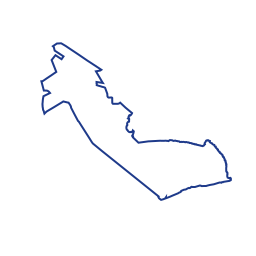 the district of Mihai Viteazu, Constanta, Romania, rotated 43°
{"feature_id": "2599482B93855145128935", "entity_name": "Mihai Viteazu", "entity_type": "district", "adm_level": 2, "iso_a3": "ROU", "parent_name": "Romania", "parent_adm1": "Constanta", "projection": "orthographic", "projection_center": [28.817, 44.637], "detail": "fine", "context": "isolated", "style": "outline", "palette": "blue", "viewbox_px": 256, "rotation_deg": 43, "n_neighbors": 0, "source": "geoboundaries", "source_scale": "gbopen_adm2", "svg_char_len": 5479}
<svg xmlns="http://www.w3.org/2000/svg" viewBox="0 0 256 256"><g transform="rotate(43 128 128)"><path d="M201.2,158.0L202.2,156.4L203.3,154.2L203.1,153.6L203.0,152.9L203.4,153.4L203.5,153.6L203.8,153.3L205.8,149.1L206.6,147.2L209.2,141.5L209.4,140.5L209.8,139.7L210.1,138.9L210.1,138.2L209.8,137.7L211.0,135.0L212.2,133.5L212.8,131.5L213.4,130.3L214.0,130.0L214.4,129.2L214.4,128.6L214.4,128.1L214.7,127.5L215.4,127.2L217.2,125.5L219.8,121.0L220.6,120.5L221.3,120.4L224.7,117.1L225.5,115.7L226.6,114.0L229.1,110.7L230.6,108.1L231.8,106.0L232.4,105.1L233.6,104.3L233.5,103.9L233.9,103.3L234.4,102.9L234.4,102.5L237.0,99.1L238.2,97.6L238.7,96.3L238.7,95.8L237.9,95.1L237.7,94.8L237.0,94.6L236.9,94.6L236.6,95.0L236.5,95.5L236.2,95.5L235.7,96.0L234.9,96.2L234.7,96.3L233.6,95.7L232.9,95.0L232.6,94.4L232.2,94.2L232.0,93.9L232.0,93.7L231.5,93.4L231.4,93.3L231.5,93.2L231.2,92.9L230.6,92.8L230.4,92.9L230.2,92.9L229.9,92.6L229.6,92.5L229.4,92.6L228.7,92.0L228.4,91.7L228.2,91.4L227.3,90.5L227.1,90.3L226.9,90.1L226.6,89.5L226.3,89.1L225.9,88.9L225.5,88.6L225.4,88.5L225.3,88.4L225.3,88.0L225.1,87.8L224.8,87.5L224.6,87.5L224.4,87.6L224.2,87.5L224.0,87.1L223.9,86.9L223.6,86.8L223.2,86.8L223.0,86.7L222.9,86.4L222.5,86.2L222.4,86.0L222.1,85.8L221.9,85.9L221.7,85.7L221.5,85.4L221.4,85.3L221.2,85.3L220.9,85.6L220.6,85.6L220.3,85.3L220.1,85.1L219.9,84.9L219.7,84.8L219.6,84.7L219.0,84.6L218.8,84.4L218.5,84.2L218.3,84.1L218.1,84.3L217.9,84.3L217.7,84.1L217.2,84.3L217.0,84.2L216.9,84.0L216.7,84.0L216.4,83.9L216.0,83.5L215.7,83.7L215.2,83.3L214.3,83.2L214.1,83.3L213.9,83.4L213.7,83.3L213.3,83.3L213.1,83.2L212.9,83.2L212.8,83.3L212.5,83.5L212.3,83.4L212.0,83.4L211.8,83.4L211.7,83.2L211.3,83.0L211.2,82.9L210.8,83.1L210.6,83.2L209.9,83.1L209.1,83.0L208.8,83.0L208.7,82.9L208.7,82.7L208.5,82.4L207.8,82.4L207.6,82.5L207.4,82.6L207.2,82.5L206.5,82.4L206.0,82.5L205.8,82.4L205.4,82.4L205.1,82.3L205.0,82.2L204.9,82.0L204.7,82.2L203.6,82.1L203.4,82.0L203.3,81.8L203.0,81.6L202.7,81.5L202.0,81.9L200.7,82.2L200.3,82.1L200.2,82.0L200.0,81.9L199.6,82.1L198.2,82.5L197.5,82.5L197.4,82.5L196.8,81.7L196.3,82.1L196.1,82.2L195.7,82.1L195.2,82.6L194.8,82.4L194.1,83.2L193.8,84.0L194.1,84.9L194.3,86.2L194.4,86.9L195.4,87.4L195.3,87.8L195.2,88.2L195.4,88.6L195.4,89.0L195.4,89.3L195.2,89.7L195.0,89.9L195.0,90.3L193.7,91.1L193.1,91.3L192.9,91.6L192.4,91.7L191.7,92.2L190.9,92.6L190.5,92.9L188.9,93.8L188.8,93.6L188.5,93.8L188.5,94.0L187.9,94.5L187.3,94.5L187.0,94.9L186.5,95.1L186.4,95.1L185.9,95.3L185.9,95.5L185.7,95.7L185.4,95.8L185.1,95.8L184.6,95.9L184.3,96.1L184.1,96.3L183.5,96.7L183.4,96.9L183.2,97.0L182.8,97.0L182.3,97.1L182.0,97.5L181.7,97.6L181.5,97.8L181.3,98.0L180.5,98.3L179.9,98.8L179.8,99.1L179.7,99.3L179.0,99.7L178.0,100.3L177.8,100.5L177.0,101.5L176.6,101.6L176.3,101.9L175.6,102.8L175.3,102.9L174.8,102.9L174.5,102.9L173.7,103.5L173.4,103.8L172.8,104.0L172.5,104.3L171.5,104.9L171.1,105.0L170.2,106.3L169.7,106.6L169.0,106.7L168.1,107.3L167.1,108.1L166.7,108.6L166.7,109.3L166.5,110.0L165.7,110.4L165.4,110.8L164.4,111.4L162.8,113.1L160.1,115.5L151.9,124.0L149.8,126.6L145.7,131.6L138.2,131.5L138.1,131.3L137.8,131.2L137.6,130.9L137.1,131.2L136.8,131.1L136.4,130.9L136.2,130.6L136.2,130.3L136.2,130.1L136.3,129.9L136.3,129.7L135.9,129.2L135.8,128.9L135.7,128.6L135.4,128.0L135.3,127.7L135.2,127.6L134.8,127.5L134.6,127.3L134.8,127.0L134.5,126.5L133.3,126.5L133.6,127.0L133.5,127.3L133.4,127.6L133.5,128.1L133.4,128.6L132.7,129.0L132.6,129.3L132.5,129.5L131.9,130.0L131.3,130.2L129.9,130.2L129.3,129.9L128.8,129.9L128.5,130.0L128.3,130.0L127.3,129.5L126.7,129.0L126.2,128.4L126.1,128.2L125.9,128.0L125.6,127.3L125.7,127.0L125.4,126.5L125.5,126.3L125.5,126.2L124.5,125.6L124.2,125.1L124.0,124.7L123.9,124.2L124.0,123.9L123.9,123.3L124.0,123.1L124.4,122.7L124.2,122.3L123.8,121.9L123.3,121.4L123.1,121.0L122.8,120.8L122.3,120.3L121.8,120.6L121.9,120.9L121.6,121.0L121.6,120.7L121.6,120.3L121.2,120.1L121.1,119.9L120.9,119.5L120.6,119.1L120.6,118.8L120.4,118.4L120.4,118.0L120.3,117.6L120.5,117.4L120.7,117.7L121.0,117.6L121.1,117.1L121.2,116.8L121.2,116.1L121.0,114.9L120.9,114.5L120.8,114.3L115.9,114.6L112.3,114.8L105.0,114.8L104.9,115.5L104.7,116.2L104.3,116.9L104.0,117.3L100.8,120.3L100.6,120.5L100.3,120.6L99.7,120.5L99.3,120.3L96.9,117.8L96.0,116.8L95.7,116.7L95.4,116.8L95.0,117.0L93.4,118.7L93.0,119.0L92.6,119.1L92.2,119.1L91.8,119.0L91.3,118.8L91.1,118.6L89.5,117.1L84.2,114.4L83.7,114.2L83.4,114.3L82.6,114.6L80.8,115.6L79.5,116.2L77.6,117.2L75.9,118.0L75.4,117.4L75.2,117.1L74.9,116.9L74.5,116.8L74.3,116.5L73.6,115.8L78.9,112.2L77.3,111.8L65.9,108.4L68.4,105.1L68.6,104.6L68.8,103.6L55.8,105.8L52.5,106.4L41.9,108.0L30.3,109.9L26.5,110.5L21.5,111.6L21.3,111.7L18.4,114.7L17.3,119.4L18.5,119.4L21.6,121.4L32.0,119.6L32.5,123.0L25.3,124.2L25.8,130.4L37.3,135.9L33.6,152.0L32.8,152.9L40.9,158.0L42.9,156.2L43.3,155.9L43.8,155.7L44.5,155.5L45.3,155.4L47.1,155.6L44.5,162.4L45.7,164.3L46.3,165.2L48.5,168.0L48.9,168.6L49.3,168.9L49.6,169.4L50.1,169.7L50.4,170.1L51.7,171.2L52.1,171.4L52.5,171.8L53.5,172.6L54.0,172.8L54.5,172.9L55.0,173.2L56.4,174.1L57.1,174.5L57.1,174.4L57.1,174.0L57.2,171.9L57.3,171.3L57.9,169.2L59.3,164.5L62.6,152.8L62.6,152.7L66.7,150.4L67.2,150.0L70.3,150.7L70.6,150.9L71.4,151.1L72.6,152.0L79.6,154.5L86.3,156.8L86.5,156.9L87.0,156.9L87.8,156.9L91.2,157.8L94.3,158.6L105.6,161.5L110.8,162.9L112.2,163.2L112.9,163.3L124.3,162.6L196.5,157.2L196.4,157.4L198.5,158.2L199.3,158.2L201.2,158.0Z" fill="none" stroke="#1e3a8a" stroke-width="2"/></g></svg>